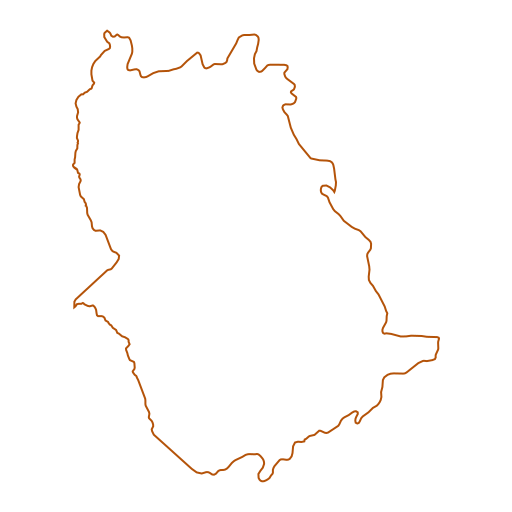 SVG path tracing the border of Amazonas
{"feature_id": "VEN-38", "entity_name": "Amazonas", "entity_type": "State", "adm_level": 1, "iso_a3": "VEN", "parent_name": "Venezuela", "parent_adm1": "", "projection": "albers", "projection_center": [-66.172, 3.421], "detail": "fine", "context": "isolated", "style": "outline", "palette": "amber", "viewbox_px": 512, "rotation_deg": 0, "n_neighbors": 0, "source": "natural_earth", "source_scale": "10m", "svg_char_len": 5887}
<svg xmlns="http://www.w3.org/2000/svg" viewBox="0 0 512 512"><path d="M334.3,192.0L333.3,190.4L330.1,187.4L326.4,185.5L322.7,185.8L321.6,186.8L321.0,188.4L320.8,190.1L321.0,191.8L321.9,193.6L323.4,194.5L326.7,196.1L327.9,197.5L329.5,202.2L333.2,209.1L334.8,211.1L338.6,214.1L340.3,215.9L343.8,220.8L351.7,226.9L354.9,228.7L358.8,230.1L360.6,231.3L365.4,237.1L368.9,240.0L370.5,241.8L371.1,243.8L370.9,248.3L370.3,249.7L368.1,252.6L367.3,254.1L367.1,256.1L369.2,266.3L369.5,269.7L368.7,276.7L368.9,280.0L370.4,282.9L373.0,285.9L375.9,291.1L378.5,294.4L384.7,306.5L386.1,310.9L387.3,313.3L386.7,316.1L386.5,320.8L386.1,322.3L383.0,327.9L382.4,329.9L382.5,331.7L383.2,333.1L384.5,333.7L386.3,333.3L391.1,333.9L400.8,336.5L406.1,336.4L411.2,335.7L421.7,336.0L426.9,336.8L437.1,337.1L438.7,337.7L439.0,338.7L438.2,341.6L438.1,342.9L438.3,348.4L438.1,349.6L435.8,354.6L435.6,355.9L435.7,357.4L434.9,359.1L432.4,360.1L426.9,361.1L423.8,360.8L422.8,361.0L418.3,363.1L406.5,372.5L404.8,373.4L403.3,373.6L393.7,373.4L390.6,373.7L387.6,374.8L384.3,377.3L382.9,380.0L382.4,387.0L381.1,392.1L381.4,397.0L380.7,400.0L379.7,402.1L378.4,404.0L376.8,405.7L372.9,407.9L368.5,412.3L362.8,416.4L361.2,418.2L359.7,421.5L358.7,423.0L357.3,423.5L355.7,422.7L355.3,420.8L355.5,418.8L356.1,417.2L357.8,413.9L357.7,412.3L355.9,411.2L354.1,411.5L352.1,412.6L348.7,415.1L344.4,417.3L342.6,418.6L341.0,420.6L339.3,424.3L338.3,425.8L328.0,432.6L326.3,433.0L324.7,432.7L320.6,430.8L319.2,430.7L314.5,434.9L309.7,436.0L308.8,436.5L306.2,438.8L304.7,439.5L304.3,441.4L301.3,442.0L298.0,441.7L295.0,442.5L293.1,446.3L292.5,453.1L291.6,456.4L289.6,459.0L288.0,459.7L286.4,459.8L283.0,459.3L280.9,459.4L279.6,460.1L274.5,466.1L273.6,467.7L272.9,469.7L272.9,472.7L272.5,473.8L271.0,475.5L269.5,478.0L267.7,479.4L265.7,480.5L263.9,481.2L262.1,481.3L260.6,480.7L259.5,479.6L258.6,477.9L258.4,474.0L260.4,470.8L262.8,467.7L264.1,463.9L264.0,462.0L263.5,460.2L262.6,458.6L260.6,456.2L258.8,454.6L257.7,454.1L256.7,454.0L255.0,454.3L249.2,454.1L247.6,454.3L245.6,454.9L242.3,456.9L235.3,460.2L233.7,461.3L231.8,463.0L228.7,466.8L227.0,468.5L225.3,469.5L223.8,469.9L220.2,470.1L218.4,470.9L215.8,473.8L214.0,474.7L212.2,474.5L209.5,472.7L207.9,472.1L206.3,472.1L201.7,473.5L196.7,472.4L191.8,468.9L153.8,434.7L152.1,431.2L151.7,429.3L153.2,426.3L153.1,424.4L152.5,422.4L151.6,420.8L149.1,418.3L148.8,417.2L149.4,413.8L149.0,412.0L145.7,405.7L145.4,404.1L145.4,400.4L145.2,398.7L138.2,380.1L136.8,377.4L136.6,376.5L136.2,375.9L134.7,374.8L132.9,372.3L132.7,371.3L134.4,369.0L134.7,367.6L134.4,363.2L133.9,361.9L129.9,360.1L129.3,359.0L127.9,355.5L127.3,353.0L126.1,349.9L126.0,348.4L128.5,345.8L129.6,344.2L128.6,341.8L128.6,340.3L128.3,339.5L127.7,338.9L124.9,337.2L122.1,336.3L118.9,333.6L117.3,332.9L116.1,330.0L112.8,327.8L111.2,325.3L109.9,324.7L108.6,323.1L108.0,321.9L105.5,320.5L104.4,317.7L103.1,316.6L101.6,316.1L98.0,316.1L97.0,315.3L96.6,313.5L96.1,309.9L95.5,308.4L94.4,306.6L92.9,305.4L89.7,306.3L87.7,305.9L84.4,304.3L83.5,303.3L82.8,303.0L81.3,303.8L78.6,303.8L76.9,304.2L75.5,306.3L74.3,307.3L74.4,301.7L75.7,299.4L107.1,270.4L108.1,269.9L110.7,269.3L111.7,268.6L116.6,262.4L118.7,259.0L119.1,255.6L116.4,252.8L113.3,251.6L112.2,250.8L111.0,249.2L105.6,234.9L103.3,231.9L100.2,230.4L95.6,230.8L94.0,230.0L92.6,228.3L92.0,226.4L91.6,222.3L90.8,220.3L87.6,214.7L87.2,213.0L87.0,207.9L86.3,206.0L85.7,205.7L86.0,204.3L85.4,202.8L84.6,201.9L83.9,199.2L80.8,196.4L80.1,194.8L78.6,187.1L79.1,184.0L80.5,181.3L80.7,180.4L80.5,179.3L79.3,177.5L79.1,176.5L79.7,174.7L79.6,174.0L79.3,173.5L78.0,172.9L77.3,170.0L76.7,168.9L75.2,167.9L75.2,168.4L74.5,167.9L73.3,166.5L73.0,165.6L73.1,164.5L74.6,162.9L74.6,159.5L75.1,157.3L75.4,152.8L75.8,151.0L77.3,148.4L77.4,144.9L78.0,143.3L77.6,142.6L78.0,141.6L78.0,140.6L76.9,138.0L77.0,136.1L77.5,133.0L78.6,129.9L78.6,124.7L79.5,123.3L79.7,122.5L77.5,119.4L77.0,117.8L77.0,116.1L78.1,112.4L77.7,109.1L76.4,106.6L75.6,103.4L76.4,100.0L78.4,96.8L81.4,94.3L83.1,94.3L84.7,92.7L87.1,91.8L89.3,89.7L90.2,89.0L91.1,88.8L91.6,88.4L92.5,85.4L94.0,83.6L94.2,82.6L92.5,80.7L91.4,74.3L91.4,70.6L92.1,67.1L93.4,63.9L95.3,61.0L100.2,56.4L100.9,55.1L104.7,50.9L108.8,49.0L109.8,48.2L110.1,46.8L109.9,44.9L109.3,43.3L107.2,41.8L104.3,37.1L104.2,34.0L104.6,32.9L107.1,30.7L109.6,32.5L110.3,33.4L111.3,35.7L112.9,36.7L113.7,36.7L114.7,36.5L116.5,34.9L117.2,34.5L118.2,35.0L120.1,36.7L121.7,37.3L124.1,37.5L127.6,37.2L129.1,37.7L130.6,40.4L131.9,45.6L132.3,48.5L132.3,51.8L131.9,53.7L127.6,64.1L127.2,67.1L127.4,68.9L128.2,70.0L130.1,70.4L134.5,69.4L136.5,69.2L137.7,69.7L138.7,70.3L139.5,71.3L140.4,74.8L141.0,76.3L142.0,77.1L143.9,77.4L146.2,77.0L147.7,76.3L153.3,73.1L158.7,71.3L168.6,70.9L173.6,69.3L176.2,68.8L180.1,67.4L181.5,66.5L187.1,60.9L197.2,52.6L198.4,52.8L199.1,53.3L200.6,55.4L202.6,64.2L204.3,67.5L205.1,68.1L206.5,68.4L209.0,67.5L210.4,66.8L213.6,64.4L214.8,64.0L221.7,64.3L222.6,64.2L225.3,63.0L226.5,62.0L227.1,60.4L227.4,58.4L236.2,43.4L237.5,40.2L238.8,37.5L242.3,35.4L244.1,35.0L249.5,35.0L254.4,34.5L256.0,35.0L257.9,36.6L258.5,37.9L258.7,39.9L258.1,44.0L257.2,47.3L256.5,51.1L254.9,54.1L254.0,58.3L254.2,63.6L256.4,69.6L257.1,70.6L258.6,71.7L259.2,71.9L261.1,71.6L262.1,71.0L264.9,68.2L267.3,65.5L268.4,65.0L270.3,64.7L284.2,64.8L286.5,65.3L287.5,66.1L287.7,67.3L287.4,69.2L284.4,72.6L284.3,73.9L285.2,76.6L286.1,77.9L287.3,79.0L294.0,84.0L294.7,84.9L294.9,86.8L294.0,89.2L293.6,89.7L291.3,91.2L291.0,91.5L290.9,92.4L291.5,93.4L296.0,96.9L296.3,97.9L296.2,98.8L295.0,102.1L293.9,103.2L292.8,103.8L290.7,104.5L285.4,104.3L283.5,105.2L283.0,105.8L282.4,107.5L282.9,109.3L284.4,112.1L286.8,114.7L287.8,116.0L290.8,127.7L293.8,134.7L296.5,139.1L298.9,144.0L310.5,158.1L311.2,158.5L319.7,160.3L327.0,160.6L329.9,161.1L331.7,162.2L332.7,163.5L333.3,164.9L334.1,168.6L335.4,179.2L336.0,182.1L335.8,185.5L334.8,190.7L334.3,192.0Z" fill="none" stroke="#b45309" stroke-width="2"/></svg>